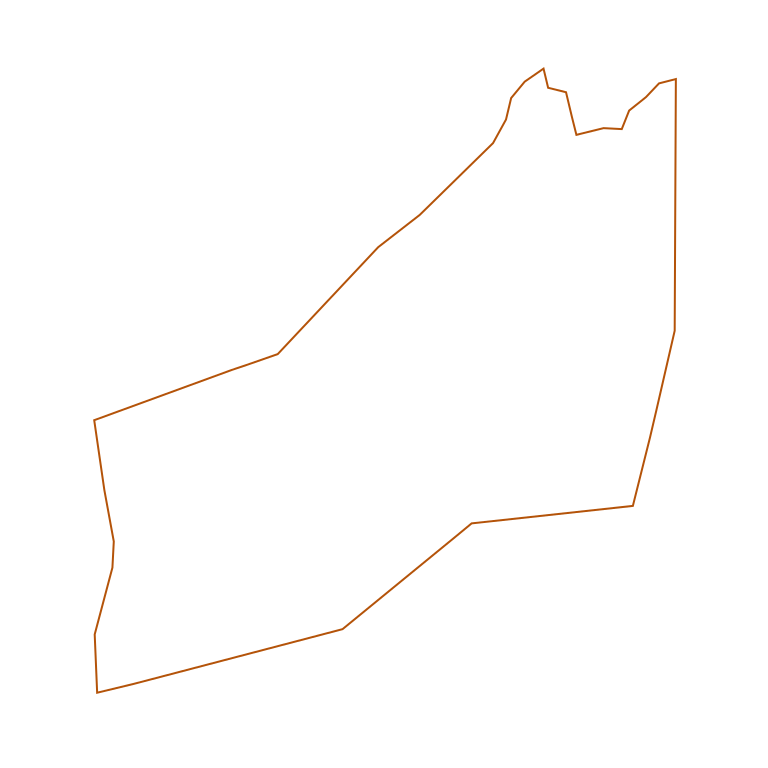 the district of Nossa Senhora de Lourdes, Sergipe, Brazil, rotated 183°
{"feature_id": "56859067B12193176989723", "entity_name": "Nossa Senhora de Lourdes", "entity_type": "district", "adm_level": 2, "iso_a3": "BRA", "parent_name": "Brazil", "parent_adm1": "Sergipe", "projection": "robinson", "projection_center": [-37.019, -10.08], "detail": "fine", "context": "isolated", "style": "outline", "palette": "amber", "viewbox_px": 768, "rotation_deg": 183, "n_neighbors": 0, "source": "geoboundaries", "source_scale": "gbopen_adm2", "svg_char_len": 582}
<svg xmlns="http://www.w3.org/2000/svg" viewBox="0 0 768 768"><g transform="rotate(183 384 384)"><path d="M654.3,60.7L618.0,71.5L412.6,137.0L305.2,234.7L289.2,249.4L129.1,275.3L115.6,344.3L110.7,371.6L96.5,452.4L108.5,703.8L125.1,698.6L137.4,684.2L153.5,669.9L159.9,651.0L178.1,651.0L204.9,642.9L210.4,660.8L217.5,684.9L235.6,688.4L241.2,707.3L259.3,693.3L272.0,676.2L276.0,654.5L287.7,630.3L357.2,554.7L396.9,520.4L491.7,408.3L522.5,395.7L536.7,390.1L671.5,332.7L657.7,263.4L645.6,212.6L645.6,186.4L659.8,118.8L654.3,60.7Z" fill="none" stroke="#b45309" stroke-width="2"/></g></svg>